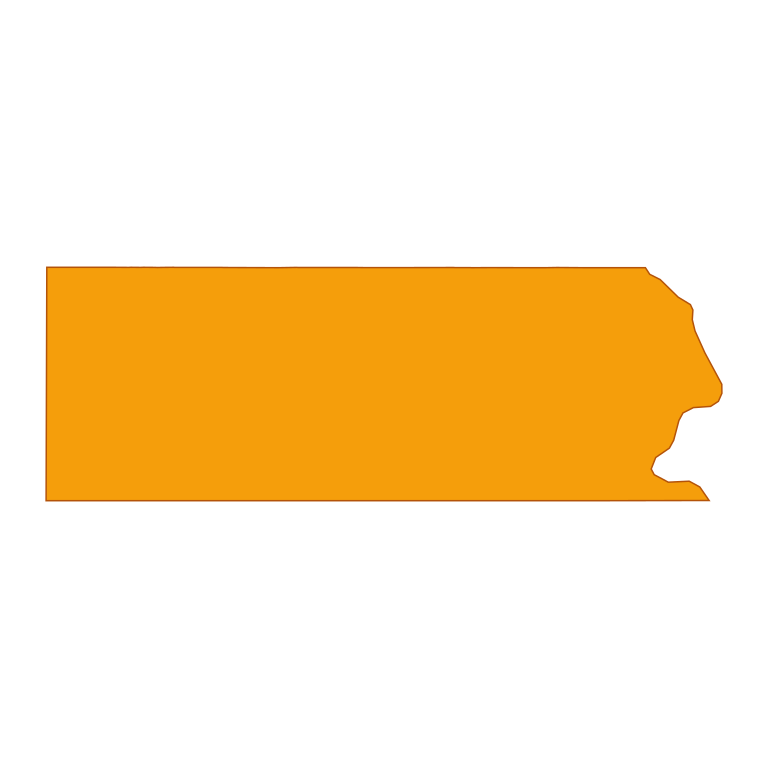 Corson, South Dakota, United States of America
{"feature_id": "52423323B58713240584221", "entity_name": "Corson", "entity_type": "district", "adm_level": 2, "iso_a3": "USA", "parent_name": "United States of America", "parent_adm1": "South Dakota", "projection": "robinson", "projection_center": [-101.116, 45.709], "detail": "fine", "context": "isolated", "style": "filled", "palette": "amber", "viewbox_px": 768, "rotation_deg": 0, "n_neighbors": 0, "source": "geoboundaries", "source_scale": "gbopen_adm2", "svg_char_len": 1154}
<svg xmlns="http://www.w3.org/2000/svg" viewBox="0 0 768 768"><path d="M46.8,267.3L46.1,500.7L257.9,500.7L601.5,500.7L709.1,500.5L699.8,487.0L689.2,481.2L668.3,482.2L654.2,474.7L651.2,469.0L655.7,457.5L669.4,448.1L673.7,440.2L678.9,420.5L683.0,412.9L693.4,407.6L710.6,406.4L718.4,401.3L721.9,393.3L721.8,384.3L704.8,352.7L695.0,330.9L692.3,319.7L692.9,310.0L690.4,304.6L678.2,297.2L660.2,279.6L649.7,274.3L645.4,267.7L640.5,267.7L640.4,267.7L594.3,267.7L585.0,267.7L557.1,267.5L545.3,267.7L540.7,267.7L537.6,267.7L489.6,267.6L471.5,267.7L470.1,267.6L460.0,267.6L455.1,267.6L453.5,267.5L405.4,267.6L403.2,267.6L389.0,267.6L387.6,267.6L380.7,267.6L377.6,267.6L375.7,267.6L374.4,267.6L364.5,267.6L356.5,267.5L337.5,267.5L331.3,267.5L320.9,267.5L312.7,267.5L300.1,267.5L298.0,267.5L296.8,267.4L278.4,267.7L223.6,267.5L221.6,267.4L195.1,267.4L183.6,267.4L174.4,267.4L173.9,267.3L163.2,267.4L157.4,267.5L154.7,267.4L143.3,267.3L141.0,267.4L140.6,267.4L140.3,267.4L130.8,267.3L129.0,267.4L113.6,267.3L105.8,267.3L92.2,267.3L64.0,267.3L57.5,267.3L51.2,267.3L50.2,267.3L47.6,267.3L46.9,267.3L46.8,267.3Z" fill="#f59e0b" stroke="#b45309" stroke-width="1.5"/></svg>